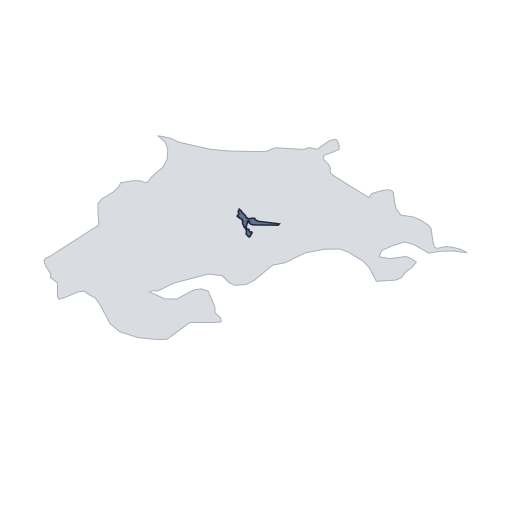 Cartago, Cartago, Costa Rica shown in context, rotated 302°
{"feature_id": "36466004B19971785414820", "entity_name": "Cartago", "entity_type": "district", "adm_level": 2, "iso_a3": "CRI", "parent_name": "Costa Rica", "parent_adm1": "Cartago", "projection": "equal_earth", "projection_center": [-83.947, 9.787], "detail": "fine", "context": "in_parent", "style": "filled", "palette": "slate", "viewbox_px": 512, "rotation_deg": 302, "n_neighbors": 0, "source": "geoboundaries", "source_scale": "gbopen_adm2", "svg_char_len": 5931}
<svg xmlns="http://www.w3.org/2000/svg" viewBox="0 0 512 512"><g transform="rotate(302 256 256)"><path d="M397.2,261.9L396.7,264.0L395.2,266.2L393.2,268.4L390.4,269.9L383.7,265.3L377.1,260.1L373.5,262.5L372.1,269.3L369.7,272.7L366.6,274.1L365.4,276.4L365.2,299.2L365.4,320.7L370.4,321.1L378.7,328.6L382.3,333.0L383.4,337.1L382.4,339.1L376.3,343.8L370.4,349.7L367.4,357.1L372.6,369.1L373.7,377.2L373.5,385.7L372.1,389.8L360.6,399.6L358.1,403.0L358.4,405.5L364.8,412.2L367.8,418.7L370.3,426.6L370.7,433.4L364.9,420.8L356.9,408.7L350.0,401.2L349.4,383.9L346.6,374.4L336.2,365.7L327.3,359.7L320.6,360.9L324.7,370.9L335.2,383.7L335.9,388.6L335.7,395.2L328.5,394.2L322.1,391.5L314.4,390.7L309.2,386.7L298.3,371.4L306.0,358.4L308.4,349.8L308.2,332.1L306.4,323.5L298.0,310.4L284.6,296.0L265.8,284.3L257.0,274.9L235.0,267.6L226.6,262.8L220.1,253.9L219.1,247.5L221.4,237.7L215.4,225.1L189.2,200.5L174.6,191.5L171.4,186.2L169.1,184.5L171.3,201.5L177.7,211.7L194.4,221.3L199.0,226.8L200.9,234.1L191.2,247.9L186.2,251.4L184.7,259.0L181.6,261.3L178.2,256.9L164.7,235.2L138.5,224.8L133.8,218.4L124.0,198.6L119.6,180.5L121.2,168.4L132.0,149.7L135.4,141.5L134.7,136.4L135.1,129.0L131.1,123.9L121.1,117.1L114.8,111.7L116.6,109.0L128.0,101.8L128.7,95.2L128.7,93.0L130.5,92.6L132.2,90.8L133.2,89.0L136.3,82.7L139.1,79.1L142.2,78.6L146.0,81.2L160.4,88.0L176.3,95.5L199.1,106.3L208.5,99.4L216.6,94.2L222.3,94.9L234.5,101.0L241.9,103.0L246.4,102.4L254.2,111.3L258.5,118.1L259.2,122.6L261.6,125.0L267.7,125.5L282.6,130.1L291.7,129.2L300.0,124.4L304.5,118.6L306.0,109.5L308.1,114.0L310.5,121.1L311.6,130.2L322.3,160.7L330.9,177.8L349.7,209.0L357.8,214.7L371.6,239.8L376.3,243.9L379.0,251.3L393.2,257.4L397.2,261.9Z" fill="#d9dde1" stroke="#a8b0b8" stroke-width="1"/><path d="M284.7,231.0L284.4,230.9L284.1,230.5L284.0,230.3L283.7,230.1L283.5,229.9L283.5,229.6L283.5,229.4L283.6,229.2L283.5,228.8L283.3,228.7L283.4,228.4L283.8,228.1L283.7,227.7L283.6,227.1L283.6,226.9L283.8,226.8L284.0,226.5L284.3,226.0L284.4,225.9L284.5,225.9L284.7,225.6L284.8,225.1L284.9,224.4L285.0,224.2L285.1,223.9L285.1,223.4L285.3,222.5L285.3,222.4L285.4,222.2L285.5,221.8L285.6,221.7L285.5,221.4L285.6,221.2L285.7,220.9L285.7,220.5L285.9,220.3L286.1,220.2L286.2,219.9L286.2,219.7L286.5,219.4L286.6,218.9L286.6,218.7L286.5,218.4L286.5,218.2L286.7,217.9L286.7,217.5L286.9,217.3L286.9,217.0L286.7,217.1L286.3,217.2L285.9,217.1L285.4,217.1L285.2,217.3L284.9,217.4L284.6,217.4L284.4,217.3L284.1,217.5L283.9,217.5L283.8,217.8L283.8,218.0L283.7,218.1L283.4,218.2L283.3,218.3L283.2,218.4L283.1,218.6L283.0,218.8L282.9,218.9L282.7,219.0L282.4,219.2L282.0,219.2L281.9,219.3L281.6,219.2L281.4,219.0L281.2,218.9L281.0,218.7L280.8,218.6L280.6,218.7L280.4,218.8L280.2,219.0L279.8,219.0L279.7,219.0L279.5,219.4L279.6,220.0L279.6,220.4L279.8,220.3L280.0,220.5L280.1,220.8L280.1,221.0L279.9,221.5L279.6,221.6L279.4,221.7L279.4,221.8L279.5,222.4L279.4,222.6L279.3,222.8L279.4,223.0L279.7,223.3L279.7,224.6L279.6,224.8L279.2,225.1L279.3,225.3L279.2,225.5L279.0,225.3L278.9,225.3L279.0,225.6L278.9,225.8L279.0,226.0L278.9,226.1L278.7,226.3L278.4,226.3L278.3,226.5L278.2,226.8L277.8,227.1L277.7,227.1L277.5,226.9L277.1,226.9L276.5,227.3L276.4,227.3L276.2,227.5L276.0,227.8L275.9,228.1L275.9,228.3L275.9,228.5L275.5,229.2L275.2,229.4L275.0,229.6L274.7,229.9L274.4,230.3L274.2,230.5L274.2,230.9L274.2,231.0L274.4,231.4L274.1,231.7L274.0,231.8L273.8,231.9L273.6,232.4L273.5,232.7L273.5,233.0L273.4,233.2L273.3,233.3L273.2,233.6L272.8,234.0L272.5,234.3L272.4,234.3L272.2,234.4L272.0,234.6L271.8,234.9L271.8,235.0L271.3,235.1L271.1,235.3L270.5,235.5L270.0,235.6L269.8,235.7L269.7,235.9L269.5,236.0L269.4,236.2L269.3,236.3L269.3,236.9L269.3,237.1L268.9,237.6L268.8,237.8L268.7,238.0L268.6,238.6L268.7,238.8L268.6,239.1L268.5,239.3L268.4,239.5L268.4,239.9L268.5,240.0L268.8,240.1L268.8,240.3L269.0,240.5L269.2,240.4L269.3,240.4L269.5,240.6L270.0,240.6L270.3,240.5L270.6,240.6L270.7,240.4L270.8,240.3L270.8,240.2L271.2,240.2L271.3,240.3L271.8,240.2L272.0,240.3L272.2,240.2L272.3,240.2L272.5,240.3L272.8,240.4L273.0,240.5L273.5,240.5L273.5,240.1L274.1,239.7L274.0,239.3L274.0,239.1L273.8,238.9L273.6,238.9L273.3,238.9L273.3,238.7L273.4,238.4L273.4,238.2L273.4,237.8L273.3,237.7L273.5,237.4L273.6,237.0L273.9,236.6L274.1,236.4L274.3,236.2L274.6,236.0L274.8,236.0L274.8,235.9L274.8,235.7L274.7,235.7L274.5,235.3L274.5,235.2L274.4,235.0L274.3,234.8L274.2,234.6L274.1,234.4L273.7,234.1L273.6,233.9L273.9,233.5L274.0,233.5L274.4,233.5L274.4,233.4L274.5,233.2L274.8,233.0L274.8,232.8L274.7,232.7L274.6,232.4L274.6,232.2L275.0,232.1L275.4,231.9L275.6,231.8L275.7,232.1L275.8,232.2L276.0,232.2L276.3,232.1L276.5,232.0L276.7,231.8L276.7,231.7L277.0,231.7L277.5,231.5L278.1,231.5L278.3,231.5L278.5,231.5L278.8,231.2L279.0,231.1L279.3,231.2L279.5,230.7L280.1,231.0L280.7,230.5L280.9,230.5L281.1,230.3L281.8,230.6L281.7,231.0L281.8,231.0L281.7,231.3L281.9,231.4L281.9,231.5L282.1,231.6L282.2,232.1L281.8,232.0L281.7,231.9L281.1,232.0L280.9,232.4L280.7,232.4L280.6,232.9L280.4,233.2L280.3,233.4L280.3,233.6L280.4,233.9L280.3,234.2L280.2,234.3L280.2,235.0L280.4,235.4L280.5,235.8L280.5,236.0L280.7,236.6L280.9,236.7L280.9,237.1L281.0,237.3L281.1,237.5L281.3,237.7L281.3,237.8L282.1,239.1L283.3,241.2L287.7,248.3L292.9,256.8L293.5,257.9L293.7,258.2L293.8,258.3L293.9,258.5L294.1,258.5L294.3,258.6L294.6,258.7L294.9,258.6L295.2,258.7L295.6,258.8L295.0,257.4L290.9,248.6L290.0,246.7L288.7,243.9L287.9,242.1L287.8,241.9L287.5,241.4L287.2,240.8L287.2,240.7L287.0,240.3L286.9,240.2L286.7,239.8L286.6,239.6L286.6,239.4L286.7,239.0L286.7,238.7L286.6,238.3L286.4,238.2L286.5,238.0L286.5,237.6L286.5,237.4L286.4,237.3L286.4,237.2L286.5,236.8L286.5,236.6L286.4,236.4L286.5,236.1L286.5,235.7L286.8,235.6L287.0,235.6L287.1,235.4L287.2,235.1L287.2,234.9L286.7,233.7L286.3,233.0L286.2,232.9L285.9,232.7L285.4,232.4L285.4,232.1L285.2,232.0L285.2,231.9L285.0,231.7L284.7,231.0Z" fill="#64748b" stroke="#1e293b" stroke-width="1.5"/></g></svg>